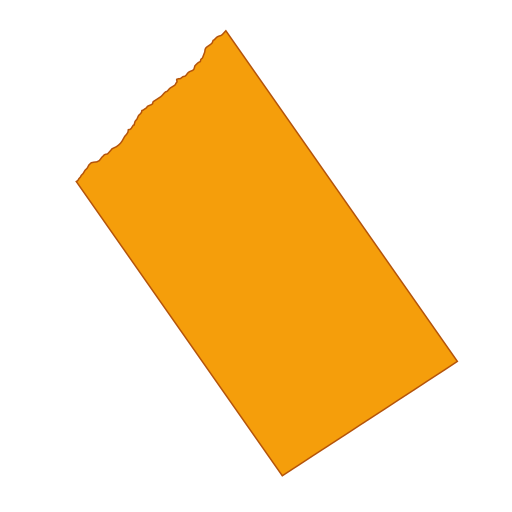 outline of North Dakota, rotated 235°
{"feature_id": "USA-3516", "entity_name": "North Dakota", "entity_type": "State", "adm_level": 1, "iso_a3": "USA", "parent_name": "United States of America", "parent_adm1": "", "projection": "equal_earth", "projection_center": [-98.519, 47.467], "detail": "fine", "context": "isolated", "style": "filled", "palette": "amber", "viewbox_px": 512, "rotation_deg": 235, "n_neighbors": 0, "source": "natural_earth", "source_scale": "10m", "svg_char_len": 2856}
<svg xmlns="http://www.w3.org/2000/svg" viewBox="0 0 512 512"><g transform="rotate(235 256 256)"><path d="M60.9,151.5L65.0,151.5L76.6,151.5L88.2,151.5L99.7,151.5L111.3,151.5L122.9,151.5L134.5,151.5L146.0,151.5L157.6,151.5L169.2,151.5L180.8,151.5L192.3,151.5L202.2,151.5L203.9,151.5L215.5,151.5L227.1,151.5L238.6,151.5L250.2,151.5L261.8,151.5L273.4,151.5L284.9,151.5L296.5,151.5L308.1,151.5L319.7,151.5L331.2,151.5L342.8,151.5L354.4,151.5L366.0,151.5L377.5,151.5L389.1,151.5L400.7,151.5L412.3,151.5L420.1,151.5L420.0,153.1L420.4,154.2L420.9,155.2L421.1,156.1L421.4,157.5L421.7,158.1L422.1,158.7L422.3,159.3L422.7,161.6L424.3,165.2L424.7,167.9L425.2,169.0L426.4,171.3L426.9,174.5L425.8,177.1L424.4,179.6L424.0,182.4L425.3,186.4L425.6,188.5L425.9,189.6L425.8,190.3L425.6,191.1L425.0,192.3L424.8,193.1L425.8,197.5L426.1,198.5L426.4,199.6L425.6,204.3L425.7,207.1L426.1,209.7L426.9,212.1L429.3,217.1L429.9,219.7L430.8,222.0L432.7,223.9L431.9,225.5L432.1,227.0L433.5,230.4L433.5,230.8L433.2,231.3L433.3,231.6L433.5,231.7L433.7,231.8L433.8,231.9L433.9,232.0L434.1,232.3L435.3,233.7L435.8,234.6L436.4,237.0L437.2,238.3L437.9,239.4L438.5,240.6L438.8,243.0L439.5,244.9L440.3,245.5L440.6,245.9L440.6,246.3L440.4,246.7L440.3,247.0L440.2,247.3L440.3,248.9L440.2,250.3L440.3,251.5L440.8,252.7L440.8,253.6L440.0,257.1L440.0,258.5L440.3,258.9L440.7,259.4L441.2,259.9L441.4,260.6L441.1,269.4L441.3,270.9L442.1,274.2L442.3,275.7L442.3,276.2L442.1,276.8L441.9,277.5L442.0,278.3L442.7,281.1L442.8,282.5L442.5,287.0L442.6,287.9L442.9,288.6L443.5,289.6L443.7,290.6L443.8,291.1L443.6,291.1L443.8,291.2L444.5,291.4L445.0,291.8L445.6,291.9L446.0,292.2L446.2,292.6L446.1,293.0L445.9,293.3L445.6,294.4L444.9,295.3L444.7,296.0L444.8,298.4L444.8,299.1L444.6,299.6L444.1,300.7L444.0,301.4L444.2,302.5L445.0,304.9L445.2,306.4L445.0,308.0L444.4,310.4L444.5,311.9L445.0,312.8L446.8,315.0L447.1,316.4L447.5,318.9L447.5,320.4L447.2,321.8L447.5,322.3L448.4,323.2L448.7,323.8L448.8,324.3L448.8,324.9L448.9,325.6L449.3,326.3L452.4,330.9L454.3,332.7L455.1,333.9L455.4,335.4L455.4,339.9L455.5,341.3L455.7,342.1L455.9,342.7L457.2,344.5L457.2,345.0L457.1,345.5L457.0,346.3L457.3,346.7L457.7,349.3L457.7,350.2L457.3,352.1L456.7,353.7L456.7,355.3L457.8,360.5L445.3,360.5L432.7,360.5L420.2,360.5L407.6,360.5L395.0,360.5L382.5,360.5L369.9,360.5L357.4,360.5L344.8,360.5L332.3,360.5L319.7,360.5L307.1,360.5L294.6,360.5L282.0,360.5L269.5,360.5L256.9,360.5L244.4,360.5L231.8,360.5L219.2,360.5L206.7,360.5L194.1,360.5L181.6,360.5L169.0,360.5L156.5,360.5L143.9,360.5L131.3,360.5L118.8,360.5L106.2,360.5L93.7,360.5L81.1,360.5L68.6,360.5L54.2,360.5L54.5,347.2L54.9,335.6L55.3,324.1L55.6,312.5L56.0,301.0L56.4,289.5L56.7,278.0L57.1,266.5L57.5,255.1L57.9,243.7L58.2,232.2L58.6,220.9L59.0,209.5L59.4,198.2L59.8,186.9L60.1,175.6L60.5,164.3L60.9,151.5Z" fill="#f59e0b" stroke="#b45309" stroke-width="1.5"/></g></svg>